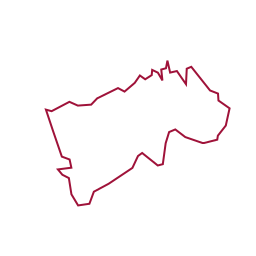 Charles City, Virginia, United States of America (Robinson projection), rotated 317°
{"feature_id": "52423323B29460047799431", "entity_name": "Charles City", "entity_type": "district", "adm_level": 2, "iso_a3": "USA", "parent_name": "United States of America", "parent_adm1": "Virginia", "projection": "robinson", "projection_center": [-77.041, 37.362], "detail": "fine", "context": "isolated", "style": "outline", "palette": "rose", "viewbox_px": 256, "rotation_deg": 317, "n_neighbors": 0, "source": "geoboundaries", "source_scale": "gbopen_adm2", "svg_char_len": 789}
<svg xmlns="http://www.w3.org/2000/svg" viewBox="0 0 256 256"><g transform="rotate(317 128 128)"><path d="M185.3,197.4L188.5,194.9L201.2,192.9L215.7,182.9L212.9,169.6L217.3,164.2L213.6,156.5L216.0,126.4L211.4,124.7L200.3,135.5L202.6,119.7L196.6,116.2L202.8,105.6L196.5,110.2L192.2,107.9L185.6,116.7L187.6,107.9L185.3,102.0L181.4,105.5L173.8,104.1L172.5,97.7L163.7,99.6L150.3,99.0L147.9,92.0L125.7,85.3L117.0,85.8L106.6,77.4L103.0,68.9L83.6,63.6L80.5,58.6L71.4,78.5L60.1,103.8L63.8,111.2L59.5,118.4L48.5,110.5L48.1,117.4L50.6,124.3L41.4,137.9L38.7,150.6L48.1,157.1L59.6,151.3L75.9,155.6L104.0,160.2L116.2,155.3L121.3,155.9L124.2,175.7L128.8,178.2L145.2,164.8L155.3,159.0L161.6,161.3L163.7,173.7L172.2,189.7L173.5,190.9L185.3,197.4Z" fill="none" stroke="#9f1239" stroke-width="2"/></g></svg>